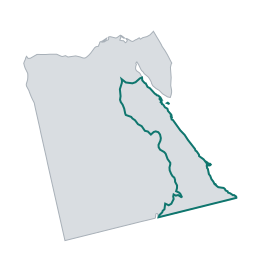 Al Bahr al Ahmar highlighted on a map of Egypt, rotated 346°
{"feature_id": "EGY-1556", "entity_name": "Al Bahr al Ahmar", "entity_type": "Governorate", "adm_level": 1, "iso_a3": "EGY", "parent_name": "Egypt", "parent_adm1": "", "projection": "equal_earth", "projection_center": [33.554, 25.647], "detail": "medium", "context": "in_parent", "style": "outline", "palette": "teal", "viewbox_px": 256, "rotation_deg": 346, "n_neighbors": 0, "source": "natural_earth", "source_scale": "10m", "svg_char_len": 4834}
<svg xmlns="http://www.w3.org/2000/svg" viewBox="0 0 256 256"><g transform="rotate(346 128 128)"><path d="M216.0,222.0L211.1,222.0L206.2,222.0L201.4,222.0L196.5,222.0L191.6,222.0L186.8,222.0L181.9,222.0L177.0,222.0L172.2,222.0L167.3,222.0L162.4,222.0L157.6,222.0L152.7,222.0L147.8,222.0L143.0,222.0L138.1,222.0L135.3,222.0L135.8,220.3L136.1,219.0L135.8,218.1L134.9,217.9L134.2,218.2L132.8,221.9L132.0,222.1L130.3,222.1L124.6,222.1L118.9,222.0L113.3,222.0L107.6,222.0L101.9,222.0L96.3,222.0L90.6,222.0L84.9,222.0L79.3,222.0L73.6,222.0L67.9,222.0L62.3,222.0L56.6,222.0L50.9,222.0L45.3,222.0L39.6,222.0L39.7,217.6L39.8,213.1L39.9,208.6L40.0,204.2L40.1,199.7L40.2,195.3L40.3,190.9L40.4,186.4L40.5,182.0L40.6,177.6L40.7,173.1L40.8,168.7L40.9,164.3L41.0,159.9L41.1,155.5L41.2,151.1L41.3,146.7L41.4,142.3L41.6,137.9L41.7,133.5L41.8,129.1L41.9,124.7L42.0,120.4L42.1,116.0L42.2,111.6L42.4,107.3L42.5,102.9L42.6,98.6L42.7,94.2L42.8,89.9L42.9,85.6L43.1,81.2L43.0,80.4L42.3,77.5L41.6,73.8L41.0,69.2L40.9,67.7L39.7,63.0L39.7,61.7L40.0,60.7L42.3,56.8L43.0,54.8L43.6,52.5L43.9,50.7L43.3,47.8L42.7,45.2L42.5,42.6L42.5,40.0L43.6,38.3L45.0,36.6L45.5,35.6L46.3,34.5L46.9,33.9L47.9,36.3L50.1,36.7L57.5,34.6L65.5,36.7L69.9,37.5L76.7,39.2L80.8,42.4L81.9,42.8L84.9,42.7L86.9,44.6L94.7,45.4L98.8,47.5L101.2,49.1L102.6,49.6L103.9,49.6L105.6,48.9L107.7,47.8L110.1,46.2L115.0,42.1L116.7,41.4L117.8,41.5L119.2,41.5L119.7,40.4L120.5,39.6L120.9,38.7L121.7,37.7L124.2,37.4L129.2,35.6L128.7,36.5L124.1,38.5L126.0,38.7L128.0,38.0L130.3,37.6L130.8,36.7L131.1,35.2L131.5,34.9L133.1,35.2L137.8,37.7L139.0,37.7L142.3,36.4L143.0,36.1L144.1,36.9L146.5,39.9L145.7,39.9L143.1,37.2L142.8,38.5L141.3,40.8L143.2,41.8L144.7,42.2L145.5,43.5L146.0,44.6L147.5,44.1L148.6,42.6L148.0,41.7L147.7,40.8L148.2,40.8L149.2,41.5L152.2,44.5L153.2,45.1L154.3,45.0L156.8,44.2L157.4,44.3L160.7,43.2L161.1,44.0L161.6,44.8L164.3,43.9L168.4,43.9L171.8,43.0L175.7,40.6L176.0,40.3L176.2,40.8L176.7,42.4L177.9,46.5L178.9,49.7L180.2,54.1L180.6,55.8L180.8,57.0L182.6,61.9L183.8,65.9L184.6,69.1L185.7,73.9L186.2,75.6L185.4,76.4L183.8,79.5L182.1,89.4L179.7,97.2L179.4,102.0L179.0,103.8L177.9,106.2L176.4,108.6L173.9,107.4L169.8,103.2L167.4,99.1L164.8,96.5L162.3,93.1L161.7,90.6L161.7,89.0L160.7,85.2L159.9,83.3L156.9,79.2L156.1,77.0L155.4,76.1L154.8,74.7L153.7,69.4L152.6,66.0L151.2,67.0L151.5,68.4L150.3,70.3L149.6,72.6L150.1,74.5L152.5,77.3L153.0,78.6L153.6,81.2L153.5,84.9L153.8,86.1L155.7,88.9L156.3,90.5L156.7,91.9L157.3,93.1L159.1,95.5L161.7,100.0L164.1,103.1L165.9,104.6L166.7,106.0L166.8,109.9L166.7,111.7L168.3,115.1L168.9,116.9L170.4,118.3L171.1,119.9L171.7,122.5L172.7,130.3L174.0,132.3L178.1,142.5L181.6,149.1L183.3,153.9L185.8,159.9L190.9,172.9L193.9,177.0L195.1,179.3L197.3,181.0L199.6,183.5L197.4,183.3L196.8,183.5L196.1,183.9L195.7,185.4L195.5,186.7L195.8,193.3L196.5,196.7L198.5,203.2L200.0,205.1L200.7,206.3L201.7,207.3L206.4,209.5L209.1,214.1L215.3,220.0L216.0,221.6L216.0,222.0Z" fill="#d9dde1" stroke="#a8b0b8" stroke-width="1"/><path d="M216.2,222.0L136.2,222.0L137.4,220.1L140.8,218.1L141.7,216.7L143.7,215.7L145.8,210.4L148.8,212.8L151.7,212.0L155.1,208.0L155.3,205.3L156.2,203.5L158.0,205.2L160.4,205.2L162.9,207.9L163.5,207.7L162.8,204.4L161.8,202.9L159.4,201.0L161.0,198.2L161.7,195.6L160.7,191.6L161.1,189.6L160.9,187.3L159.6,185.6L158.8,183.1L158.2,179.2L158.7,176.3L160.2,173.6L160.6,172.0L158.9,167.7L158.3,162.0L157.3,160.1L153.9,156.8L153.1,154.2L153.5,151.8L156.4,148.1L157.4,145.8L157.5,142.1L156.4,139.4L154.1,138.0L152.0,138.1L148.6,139.9L146.4,136.2L143.7,134.8L141.7,129.5L138.6,126.7L136.7,122.2L134.6,119.8L133.8,118.0L129.0,114.8L128.8,113.2L129.0,108.2L128.4,104.0L127.3,101.2L127.1,98.7L128.5,95.3L129.5,88.4L132.9,82.8L133.6,80.8L133.6,79.0L136.9,83.3L143.1,85.7L146.4,85.4L151.6,82.7L153.8,82.4L153.4,85.3L155.1,88.5L156.0,89.0L156.9,92.9L158.8,94.6L162.4,101.3L163.6,102.4L163.7,103.1L165.1,103.8L166.8,106.1L167.3,108.1L165.8,107.1L165.6,107.5L166.3,108.9L166.8,108.7L166.5,109.7L167.3,110.9L166.8,110.3L166.8,110.7L166.4,110.3L165.9,110.9L166.9,112.4L166.8,113.1L167.9,113.9L168.8,116.8L170.9,118.8L170.9,121.1L173.2,125.5L173.2,126.7L172.5,126.8L172.4,130.3L173.5,131.1L178.2,143.0L181.3,148.4L183.3,154.2L187.9,164.5L188.0,166.2L189.0,167.3L190.4,171.0L190.2,172.5L193.8,176.7L195.3,180.2L195.5,179.5L196.7,180.8L197.0,181.9L199.0,182.6L199.8,184.2L199.1,183.7L198.2,184.1L196.9,183.7L195.6,182.8L195.2,183.9L195.1,186.3L195.6,187.1L195.3,192.3L196.2,194.3L196.6,197.9L197.8,200.6L198.4,203.4L199.5,204.7L198.9,203.4L199.3,203.6L199.8,205.4L201.3,207.3L206.3,209.3L207.3,210.7L207.6,212.2L209.3,213.5L209.5,214.9L211.4,216.1L213.6,218.6L214.6,218.7L216.3,220.6L216.4,221.4L216.2,222.0ZM172.7,113.1L174.0,114.8L172.0,113.3L172.7,113.1ZM172.6,127.6L172.9,127.6L173.3,129.2L173.1,128.9L172.6,127.6Z" fill="none" stroke="#0f766e" stroke-width="2"/></g></svg>